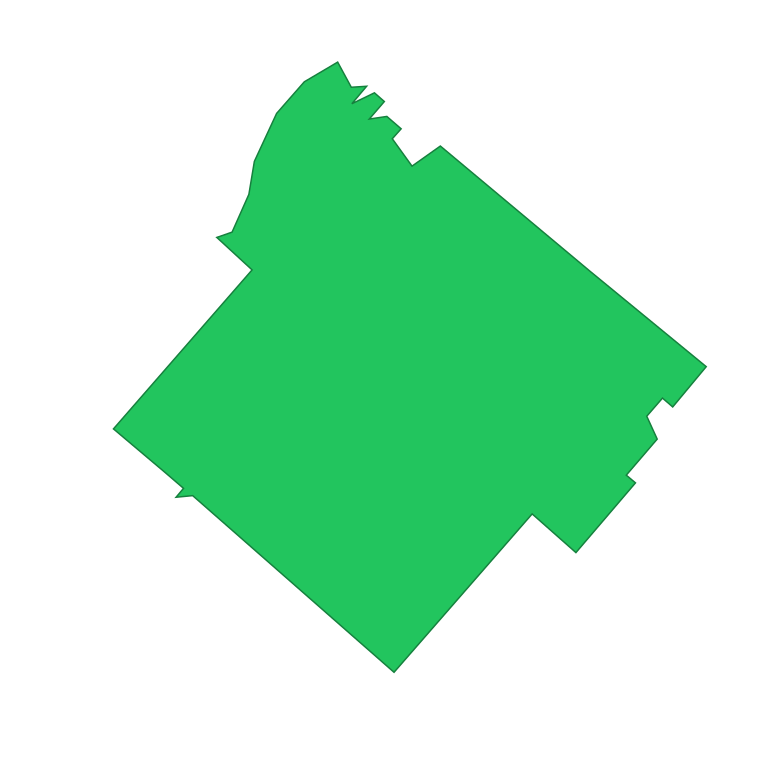 Randolph, Georgia, United States of America (Mercator projection), rotated 220°
{"feature_id": "52423323B38582621445702", "entity_name": "Randolph", "entity_type": "district", "adm_level": 2, "iso_a3": "USA", "parent_name": "United States of America", "parent_adm1": "Georgia", "projection": "mercator", "projection_center": [-84.71, 31.774], "detail": "fine", "context": "isolated", "style": "filled", "palette": "green", "viewbox_px": 768, "rotation_deg": 220, "n_neighbors": 0, "source": "geoboundaries", "source_scale": "gbopen_adm2", "svg_char_len": 603}
<svg xmlns="http://www.w3.org/2000/svg" viewBox="0 0 768 768"><g transform="rotate(220 384 384)"><path d="M128.6,378.2L127.8,469.9L139.8,469.9L139.3,517.4L162.0,528.2L161.6,552.2L148.1,552.0L148.3,604.4L298.8,602.8L493.8,602.5L502.6,568.9L535.3,577.2L534.9,590.5L553.8,590.8L565.6,577.5L565.3,600.6L578.5,600.9L588.8,578.0L588.7,600.9L599.8,590.3L626.4,600.8L639.3,564.3L640.2,522.3L626.4,471.2L609.4,442.4L598.0,402.7L606.3,388.8L558.4,386.6L562.4,175.7L494.7,175.5L470.5,175.2L470.5,163.6L458.8,175.5L191.0,169.6L187.0,379.7L128.6,378.2Z" fill="#22c55e" stroke="#15803d" stroke-width="1.5"/></g></svg>